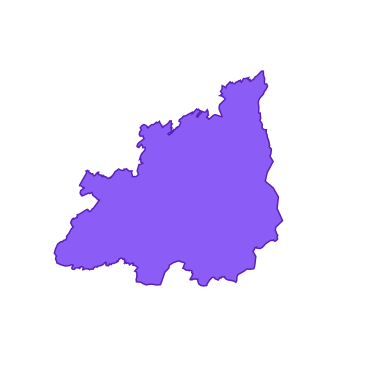 the district of Loughrea Lea-5, Galway, Ireland, rotated 308°
{"feature_id": "5873133B84872998039455", "entity_name": "Loughrea Lea-5", "entity_type": "district", "adm_level": 2, "iso_a3": "IRL", "parent_name": "Ireland", "parent_adm1": "Galway", "projection": "robinson", "projection_center": [-8.446, 53.152], "detail": "fine", "context": "isolated", "style": "filled", "palette": "violet", "viewbox_px": 384, "rotation_deg": 308, "n_neighbors": 0, "source": "geoboundaries", "source_scale": "gbopen_adm2", "svg_char_len": 6030}
<svg xmlns="http://www.w3.org/2000/svg" viewBox="0 0 384 384"><g transform="rotate(308 192 192)"><path d="M323.1,184.3L322.3,183.4L322.1,182.6L322.9,181.6L326.1,179.4L328.1,176.4L330.8,174.2L331.1,173.6L330.1,172.4L323.2,171.7L321.8,171.0L318.8,171.1L315.0,169.8L315.1,168.6L316.4,168.4L315.5,167.2L315.4,166.3L316.9,166.2L314.2,164.2L313.1,162.8L309.2,163.4L308.9,163.0L309.9,161.3L308.6,160.9L308.3,160.2L306.6,160.0L305.9,159.1L303.7,159.0L302.9,157.7L303.2,156.2L301.9,155.9L302.3,154.2L297.1,153.7L294.8,154.5L295.0,153.2L294.4,150.3L292.0,152.1L288.6,152.7L288.6,153.5L288.0,155.6L285.1,154.6L286.2,156.9L286.0,158.1L286.2,160.4L285.5,161.1L277.9,160.0L276.1,160.8L274.1,162.3L270.2,169.0L269.5,169.1L267.6,163.5L267.0,162.5L265.2,161.5L262.2,161.1L259.6,160.3L259.8,159.3L260.1,159.3L259.9,158.0L260.3,158.0L260.3,157.3L262.9,157.6L263.0,156.9L265.2,155.2L266.2,153.4L263.4,153.5L262.4,152.4L261.6,150.0L260.4,150.5L255.3,150.1L254.5,150.5L254.3,149.0L257.1,148.7L261.3,149.0L260.9,147.9L261.2,146.2L260.4,146.1L260.3,144.6L253.7,144.0L254.9,143.0L247.9,140.0L246.6,138.6L243.6,138.4L241.4,137.6L239.8,138.1L240.0,139.6L239.7,140.4L235.6,141.5L234.5,140.6L233.4,140.9L233.2,140.0L231.2,140.4L230.6,140.1L230.2,139.2L228.6,139.9L225.7,139.7L223.0,138.9L222.7,138.2L222.9,137.3L224.0,137.3L225.0,138.1L228.3,138.5L228.7,137.2L230.2,136.7L229.5,135.8L231.6,135.0L232.3,134.2L233.5,134.5L233.5,133.3L235.2,131.8L234.2,130.6L232.2,131.0L228.6,130.2L226.2,129.2L224.8,129.1L225.3,127.5L226.0,127.0L225.8,126.6L226.8,124.0L227.6,122.9L225.2,122.4L224.9,121.9L225.2,121.1L224.9,120.9L222.4,120.5L221.0,119.8L220.4,118.9L217.5,118.0L215.6,118.1L215.5,117.1L216.0,117.0L216.1,114.7L215.5,112.5L213.2,111.6L210.7,111.7L210.0,113.5L208.9,114.0L207.2,113.7L204.6,115.3L204.5,116.2L204.1,116.8L206.0,119.0L204.8,120.4L204.5,121.5L198.4,119.8L196.2,119.7L194.2,120.5L193.9,121.3L194.4,121.5L194.3,122.7L198.5,122.9L197.8,124.8L196.6,126.0L198.2,127.7L197.4,128.4L196.0,129.1L191.2,128.8L188.0,129.6L185.5,130.6L186.1,130.8L185.7,131.0L186.3,131.6L184.2,133.1L184.0,133.6L184.3,135.5L182.1,134.4L181.0,133.3L174.9,135.8L172.9,139.1L169.9,138.6L167.4,135.5L168.6,134.5L170.0,132.4L171.7,131.8L169.7,129.4L170.0,126.1L169.0,125.5L168.2,124.4L167.1,125.0L165.3,122.6L165.0,120.1L160.2,118.8L158.9,119.2L154.2,119.3L154.3,118.9L152.7,118.9L152.7,118.3L150.7,117.5L151.0,115.9L150.8,114.5L150.1,113.3L150.5,112.3L148.8,111.9L148.7,111.6L149.5,111.3L149.8,110.5L149.2,110.1L148.4,108.0L148.7,107.4L148.3,107.2L148.9,106.5L150.1,106.3L149.8,105.8L147.9,105.3L145.5,105.4L144.3,104.7L144.8,102.7L145.2,102.4L144.2,101.2L144.4,100.1L143.8,99.4L144.4,98.2L145.0,97.9L144.6,97.2L144.8,96.5L143.2,95.6L142.5,97.1L128.0,99.3L127.8,99.8L128.7,100.9L128.3,103.4L128.9,103.7L129.2,104.2L128.0,104.5L124.6,103.4L122.3,104.5L121.7,105.5L122.0,106.5L121.1,107.0L121.3,107.9L127.4,111.1L127.8,112.4L130.1,113.5L128.4,115.8L128.4,119.6L128.0,122.5L128.5,124.0L118.6,124.3L116.9,123.8L114.3,123.9L113.6,123.5L113.2,122.1L113.7,122.0L114.0,121.0L113.8,120.2L113.2,119.8L105.2,116.9L103.3,115.7L103.1,116.2L101.8,116.5L101.3,117.3L100.5,116.6L97.6,115.3L98.0,114.6L95.6,114.4L95.3,114.8L93.3,115.1L92.9,115.6L92.6,116.6L91.8,117.6L91.4,120.1L89.0,119.6L83.4,120.5L79.9,120.4L79.6,121.2L76.6,122.0L75.0,120.7L72.7,120.4L72.6,119.7L72.0,119.2L68.4,118.2L62.8,119.6L59.1,121.1L58.0,124.9L57.2,124.7L54.9,126.0L54.6,127.1L52.9,129.3L53.5,130.8L53.4,131.5L54.0,133.5L55.7,137.8L58.6,140.8L60.5,141.8L61.3,143.1L60.8,143.7L59.5,143.5L58.1,144.1L57.6,144.8L57.7,145.6L58.6,146.8L60.8,147.1L62.4,149.4L62.5,150.3L63.7,149.9L64.0,150.1L63.6,150.5L65.1,150.5L65.8,152.8L63.6,153.8L64.1,154.4L66.1,155.3L67.6,158.0L67.7,159.1L68.7,159.6L70.6,161.7L72.3,161.2L74.0,162.2L74.4,163.0L74.3,163.3L74.8,163.7L75.7,163.4L78.1,165.7L80.6,166.7L81.9,166.7L83.5,167.2L83.6,168.0L81.9,168.6L81.3,169.8L82.1,170.5L82.1,171.3L83.7,171.7L84.5,171.3L85.2,173.1L86.5,172.9L87.3,174.1L90.2,175.9L91.3,175.6L91.4,176.3L92.2,176.4L93.0,175.9L93.8,176.2L94.6,175.8L96.6,177.2L96.7,177.9L96.4,178.9L97.7,179.9L97.2,180.2L96.8,181.1L96.1,181.1L95.4,182.4L94.8,182.5L95.2,182.8L94.9,183.0L95.5,183.1L95.1,183.3L95.8,184.0L95.5,184.3L96.8,185.4L96.9,186.2L96.1,187.5L99.5,188.9L99.3,189.3L99.5,189.5L98.9,189.7L99.0,190.3L98.0,190.6L99.1,192.7L99.2,195.9L94.4,195.6L94.8,197.2L94.0,198.6L91.3,200.7L88.8,201.8L87.0,203.5L89.5,207.3L89.7,210.0L90.6,213.0L93.2,215.4L94.7,217.2L97.1,221.6L99.7,224.2L112.1,220.0L117.7,220.6L120.4,219.2L124.4,220.6L128.0,222.8L129.7,224.3L130.7,227.5L131.5,229.0L131.5,230.2L126.3,231.8L126.6,232.4L126.8,235.5L128.2,237.6L128.2,238.3L128.9,238.4L129.2,239.1L129.8,240.5L128.1,241.6L128.4,242.8L125.1,244.0L122.1,244.1L121.8,244.7L122.1,245.3L123.5,246.0L123.4,246.5L124.2,246.7L125.3,248.1L126.1,248.5L126.1,249.7L126.8,250.4L125.3,251.5L123.7,254.0L123.8,256.6L125.3,259.1L127.4,261.2L128.9,260.5L133.5,260.1L137.1,260.5L138.3,262.1L138.4,262.6L137.8,263.5L138.8,266.9L141.8,266.7L142.0,266.8L141.7,267.3L142.0,267.8L144.2,268.1L144.5,269.5L145.3,269.8L144.6,270.8L144.4,271.7L144.6,273.9L146.9,278.2L147.7,280.4L147.8,282.1L149.7,281.8L152.5,279.8L155.1,279.0L161.5,281.7L165.0,282.6L167.1,285.6L169.6,287.9L172.2,287.0L180.5,282.0L182.7,276.7L185.1,276.5L186.9,275.9L187.6,276.4L187.3,276.4L187.8,277.8L189.3,280.4L191.7,281.5L196.8,281.9L202.4,283.8L203.3,285.2L204.5,285.9L204.1,286.7L204.2,287.6L205.6,288.3L207.7,288.4L208.8,286.7L209.9,286.6L210.7,286.1L211.3,284.0L212.0,283.4L213.2,281.1L216.0,279.7L225.2,281.0L231.4,269.2L241.2,263.2L245.2,253.6L245.6,243.1L253.3,239.4L266.0,237.1L268.2,231.4L270.3,230.8L274.5,228.3L275.1,226.7L274.8,225.8L275.1,225.2L276.0,224.5L276.4,224.6L278.4,222.3L280.3,219.9L281.1,218.2L283.3,215.9L284.4,213.9L286.8,212.3L285.5,210.3L285.4,208.7L286.2,207.3L288.3,206.0L289.5,204.0L290.0,201.4L292.1,201.0L294.7,198.5L296.2,197.1L295.4,196.5L295.5,195.8L300.3,192.2L302.8,189.6L305.0,188.2L307.7,187.6L312.8,188.0L316.0,187.1L317.9,187.2L321.9,186.4L323.1,184.3Z" fill="#8b5cf6" stroke="#5b21b6" stroke-width="1.5"/></g></svg>